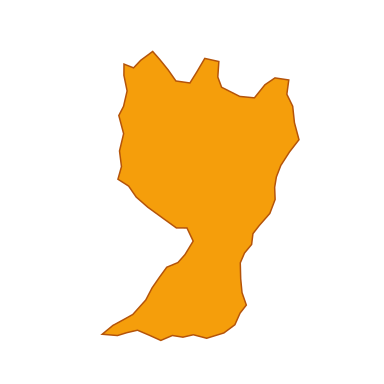 Diadema, São Paulo, Brazil (Albers equal-area conic projection), rotated 347°
{"feature_id": "56859067B95634505388778", "entity_name": "Diadema", "entity_type": "district", "adm_level": 2, "iso_a3": "BRA", "parent_name": "Brazil", "parent_adm1": "São Paulo", "projection": "albers", "projection_center": [-46.614, -23.698], "detail": "fine", "context": "isolated", "style": "filled", "palette": "amber", "viewbox_px": 384, "rotation_deg": 347, "n_neighbors": 0, "source": "geoboundaries", "source_scale": "gbopen_adm2", "svg_char_len": 1036}
<svg xmlns="http://www.w3.org/2000/svg" viewBox="0 0 384 384"><g transform="rotate(347 192 192)"><path d="M190.4,55.7L185.3,46.2L171.7,52.1L163.0,57.9L154.5,52.1L151.9,63.0L151.5,78.9L144.6,93.1L137.9,101.0L138.5,119.8L130.6,135.7L129.0,151.4L122.7,162.9L131.6,172.0L136.5,184.4L145.6,197.0L158.8,212.2L168.7,223.5L179.0,225.9L182.1,240.1L171.1,251.4L162.4,257.6L150.5,259.6L141.6,267.3L131.6,276.4L122.7,286.8L106.8,298.0L96.8,300.9L84.9,304.2L72.5,310.4L87.1,315.1L97.0,314.4L107.8,314.4L118.1,321.9L128.2,329.6L140.6,327.4L150.5,331.4L161.2,331.4L173.4,337.8L191.4,336.5L203.9,331.0L211.6,320.8L219.5,314.4L218.1,301.3L219.9,287.6L223.1,271.9L229.4,263.3L238.3,256.5L242.0,246.3L250.1,239.7L263.0,230.4L271.3,218.0L273.6,206.0L277.6,196.3L284.5,186.1L296.0,174.9L308.0,165.1L307.4,147.5L309.4,131.1L306.4,118.1L311.5,104.6L298.5,99.5L287.2,103.9L274.0,114.3L260.0,109.6L244.4,96.6L243.0,85.8L247.5,70.9L234.5,64.7L223.8,76.0L214.5,85.3L201.3,80.2L196.2,67.6L190.4,55.7Z" fill="#f59e0b" stroke="#b45309" stroke-width="1.5"/></g></svg>